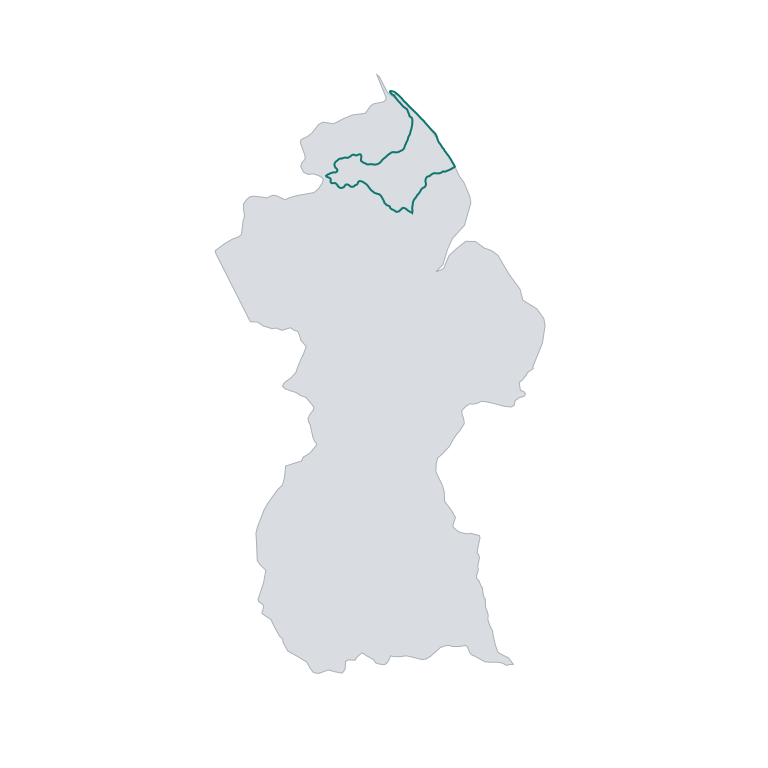 location of I-2 Waini, Barima-Waini, Guyana, rotated 15°
{"feature_id": "73187651B25125705574502", "entity_name": "I-2 Waini", "entity_type": "district", "adm_level": 2, "iso_a3": "GUY", "parent_name": "Guyana", "parent_adm1": "Barima-Waini", "projection": "mercator", "projection_center": [-59.589, 7.691], "detail": "fine", "context": "in_parent", "style": "outline", "palette": "teal", "viewbox_px": 768, "rotation_deg": 15, "n_neighbors": 0, "source": "geoboundaries", "source_scale": "gbopen_adm2", "svg_char_len": 9410}
<svg xmlns="http://www.w3.org/2000/svg" viewBox="0 0 768 768"><g transform="rotate(15 384 384)"><path d="M238.7,358.4L221.7,339.4L204.5,320.2L187.7,301.4L186.5,298.8L193.6,289.9L199.9,283.4L205.1,279.8L207.6,276.6L205.7,262.7L205.8,257.8L203.4,252.3L201.6,246.3L203.7,241.2L206.3,237.7L209.5,236.3L217.4,235.1L223.0,234.6L224.9,232.5L228.2,230.2L232.4,230.1L240.7,231.7L244.4,228.6L251.3,224.5L266.7,217.3L270.1,212.7L272.5,205.4L272.3,202.0L270.7,200.7L266.9,199.6L261.0,199.4L256.3,201.3L251.5,200.2L247.5,195.8L247.3,192.1L249.6,186.9L248.3,183.4L240.6,172.5L240.6,169.4L246.2,164.5L249.4,160.3L253.7,150.3L257.1,146.9L267.8,145.7L270.5,143.6L276.0,138.3L284.1,132.2L295.8,127.4L299.2,118.6L301.3,116.2L310.6,111.5L312.2,109.0L312.0,106.9L297.0,87.1L300.0,88.4L311.6,101.3L318.0,104.1L319.4,104.2L319.4,100.8L325.3,102.3L340.5,111.1L362.8,125.7L394.1,153.2L403.0,163.7L409.0,168.6L418.3,180.6L421.0,186.5L420.7,209.8L412.5,225.6L410.5,237.4L410.0,253.2L405.2,262.3L411.6,257.3L413.6,243.1L419.0,234.5L426.0,225.0L435.4,222.7L445.5,226.7L453.6,227.4L460.8,230.3L476.1,245.4L491.0,257.4L496.4,267.1L512.2,271.9L521.5,279.5L524.5,286.0L526.4,303.2L523.3,329.1L524.2,330.4L519.9,335.5L519.1,338.8L516.4,344.5L514.2,347.6L517.4,354.8L520.9,355.1L522.3,356.0L523.2,357.4L523.0,359.0L521.6,360.3L518.2,362.1L514.9,366.2L515.2,370.7L513.2,373.1L506.7,374.4L493.9,374.4L487.6,374.7L482.6,375.5L479.3,378.4L475.1,380.5L471.9,381.0L469.0,384.4L466.1,389.2L467.0,392.6L470.0,397.0L471.8,401.5L469.5,408.9L466.9,414.6L465.4,418.9L463.4,427.2L458.5,436.4L455.0,441.6L455.0,447.3L456.8,455.3L466.8,467.0L470.1,472.6L472.9,481.6L481.9,488.7L487.6,494.4L487.1,501.9L487.8,504.3L491.4,506.2L495.6,507.6L500.4,507.5L504.6,506.9L505.6,505.8L515.4,505.7L516.5,507.6L517.1,518.4L517.5,522.8L519.8,524.6L521.2,527.3L521.3,529.7L521.7,535.8L523.2,539.0L523.0,545.5L524.0,547.9L526.7,549.5L530.1,554.2L531.4,554.7L532.1,556.4L535.0,563.0L536.5,565.0L537.5,565.3L538.0,567.6L540.1,573.8L541.5,575.3L544.3,579.8L545.4,584.8L549.0,590.4L552.7,594.3L554.4,598.4L559.1,607.4L563.6,613.7L569.9,615.3L575.0,616.2L578.3,618.7L581.5,621.3L578.0,622.5L575.0,624.1L570.7,622.9L564.8,623.5L558.7,625.3L553.0,626.2L542.3,623.4L539.0,623.0L536.8,621.7L532.4,616.2L530.3,615.5L524.6,618.1L517.7,619.9L514.3,619.6L510.3,621.4L506.6,624.0L499.6,634.8L495.9,638.7L492.0,640.4L484.2,640.4L475.8,640.8L469.6,643.4L463.7,644.8L460.8,644.9L459.8,650.9L458.4,653.7L456.6,655.2L452.0,655.7L447.9,655.5L445.5,653.0L440.8,651.8L436.8,650.9L434.1,649.5L432.0,649.8L430.2,652.3L428.8,654.4L427.5,658.3L421.3,659.6L418.7,661.8L420.2,669.1L419.5,672.0L418.2,674.2L410.7,674.7L404.3,674.5L400.6,677.2L396.0,680.3L393.3,680.9L390.0,680.7L385.6,677.1L381.4,672.6L370.8,669.5L360.3,666.9L353.4,659.7L351.8,656.2L348.5,654.7L340.3,646.2L335.8,640.8L330.9,639.3L325.3,637.1L325.5,633.1L325.1,629.3L322.7,627.8L319.3,626.8L318.1,624.6L318.4,619.7L319.1,606.8L318.1,594.6L310.6,590.3L307.3,587.4L301.6,569.2L298.9,561.1L298.8,555.0L300.7,536.8L302.8,529.0L308.7,513.3L312.0,507.9L312.2,504.0L311.9,498.8L310.2,488.7L320.0,482.4L324.3,479.7L325.0,475.4L330.3,470.0L332.6,464.9L334.6,460.8L334.0,458.7L331.7,457.4L329.0,453.6L323.3,442.5L321.2,440.3L319.5,437.2L320.4,432.3L322.6,426.9L322.3,424.7L318.9,421.8L311.9,417.1L306.0,416.7L301.5,415.0L294.8,414.7L289.5,414.2L286.5,412.4L287.1,409.5L288.4,407.2L292.9,401.7L295.9,395.7L296.3,389.9L297.2,382.2L298.5,375.6L299.2,368.0L292.2,363.1L289.9,359.0L287.0,355.4L283.8,355.4L279.0,353.9L271.5,358.6L265.6,357.8L261.5,359.5L252.1,359.2L246.0,356.9L238.7,358.4Z" fill="#d9dde1" stroke="#a8b0b8" stroke-width="1"/><path d="M317.3,102.4L317.8,102.3L318.5,102.5L319.2,102.9L319.8,103.3L320.3,104.0L321.0,104.4L321.7,104.9L322.4,105.4L323.1,106.0L323.8,106.5L324.6,107.0L325.4,107.6L326.1,107.9L326.7,108.2L327.3,108.7L327.9,109.1L328.6,109.6L329.2,110.0L329.9,110.5L330.8,111.0L331.4,111.3L332.1,111.6L332.7,111.8L333.6,112.1L334.5,112.4L335.1,112.7L335.7,113.4L336.2,114.0L336.7,114.8L337.2,115.6L337.7,116.1L338.1,116.6L338.6,117.2L338.8,117.9L339.2,118.5L339.9,119.0L340.6,119.2L341.5,119.5L342.0,119.9L342.5,120.6L342.9,121.2L343.2,121.8L343.3,122.8L343.7,123.8L343.7,124.5L343.9,125.3L344.1,126.0L344.2,127.0L344.3,127.9L344.3,128.7L344.3,129.7L344.4,130.5L344.4,131.6L344.3,132.4L344.3,133.2L344.3,134.2L344.3,134.9L344.4,135.7L344.2,136.6L344.0,137.4L343.8,138.2L343.6,139.2L343.6,140.1L343.7,140.9L343.6,141.8L343.5,142.8L343.4,143.5L343.2,144.4L343.0,145.0L343.0,145.8L342.9,146.8L342.6,147.6L342.5,148.4L342.5,149.2L342.5,149.9L342.5,150.6L342.3,151.3L342.0,152.1L341.4,153.0L340.8,153.7L340.2,154.2L339.4,154.8L338.7,155.5L338.1,156.0L337.3,156.5L336.6,156.8L335.9,157.1L335.2,157.2L334.5,157.4L333.8,157.5L333.1,157.5L332.2,157.9L331.2,158.5L330.8,159.0L330.2,159.8L329.6,160.4L329.0,161.1L328.4,161.9L327.9,162.8L327.5,163.4L326.9,164.2L326.5,165.0L326.1,165.5L325.1,166.7L324.8,167.3L324.4,168.0L324.0,168.8L323.7,169.6L323.4,170.2L323.1,170.8L322.7,171.4L322.2,172.0L321.6,172.6L321.1,173.1L320.5,173.5L319.8,173.8L319.1,174.2L318.5,174.5L317.7,174.6L316.8,174.7L315.9,174.8L315.2,174.9L314.5,175.1L313.8,175.3L312.9,175.6L312.3,175.9L311.5,176.1L310.6,176.2L309.9,176.0L308.9,175.7L308.1,175.7L307.5,175.6L306.7,175.5L306.0,175.2L305.4,174.9L304.7,174.7L304.0,174.3L303.7,173.6L303.6,172.7L303.5,172.1L303.5,171.2L303.3,170.6L303.2,169.8L302.7,169.1L302.2,168.5L301.4,168.3L300.7,168.5L300.1,168.9L299.4,169.5L298.9,169.9L298.3,170.3L297.6,170.5L296.9,170.4L296.1,170.4L295.2,170.3L294.6,170.6L293.9,171.1L293.5,171.6L292.9,172.4L292.3,173.2L291.7,173.8L291.2,174.3L290.6,174.8L289.7,175.2L289.0,175.2L288.0,175.2L287.3,175.6L286.4,176.1L285.8,176.5L285.1,177.2L284.4,177.1L283.7,177.4L283.1,177.8L282.5,178.3L281.9,178.9L281.5,179.5L281.0,180.3L280.5,180.9L280.0,181.6L279.6,182.4L279.3,183.2L279.2,184.1L279.3,184.9L279.6,185.7L280.1,186.4L280.7,187.1L281.3,187.7L282.0,188.0L282.7,188.4L283.2,189.0L283.7,189.6L283.7,190.4L283.4,191.1L283.0,191.7L282.4,192.2L281.6,192.4L280.7,192.5L279.9,193.0L279.2,193.4L278.3,193.9L277.6,194.2L277.3,194.8L276.8,195.3L276.1,195.7L275.5,196.2L275.0,196.8L274.6,197.3L274.2,197.9L274.8,198.6L276.8,198.8L278.1,199.0L278.9,199.4L279.5,199.9L279.8,200.8L279.8,201.6L280.1,202.5L280.5,203.1L281.3,203.5L282.0,203.4L282.8,203.2L283.4,203.0L284.2,202.7L285.0,202.6L285.8,202.8L286.4,203.3L287.4,203.7L288.0,204.4L288.3,205.0L289.1,205.2L289.9,205.6L290.5,205.8L291.4,205.8L292.1,205.7L292.8,205.3L293.5,204.9L294.0,204.4L294.5,203.8L294.6,203.1L294.9,202.4L295.3,201.8L295.7,201.1L296.3,200.9L297.0,200.7L298.0,200.9L298.7,201.0L299.6,201.4L300.4,201.9L301.1,201.9L302.0,201.8L302.9,201.6L303.5,201.1L304.0,200.7L304.3,200.0L304.8,199.3L305.5,199.0L306.0,198.6L306.5,197.8L306.7,197.1L306.7,196.3L306.9,195.4L307.2,194.8L307.8,194.4L308.6,194.2L309.3,194.1L310.0,194.1L310.7,194.1L311.6,194.4L312.4,194.6L313.1,194.9L313.8,195.1L314.8,195.4L315.6,195.8L316.2,196.2L317.0,196.7L317.6,197.2L318.1,197.6L318.7,198.1L319.5,198.7L320.2,199.3L320.8,199.8L321.6,200.2L322.3,200.5L323.1,200.8L323.8,201.1L324.6,201.6L325.4,201.8L326.2,201.9L326.9,201.9L328.3,202.0L329.2,202.0L329.9,202.0L330.7,202.1L331.5,202.6L332.2,202.9L332.8,203.5L333.5,204.1L334.0,204.6L334.7,205.4L335.2,205.9L336.0,206.7L336.6,207.4L337.1,208.2L337.5,208.9L338.2,209.3L338.9,209.6L339.5,210.0L340.1,210.5L341.0,210.6L341.7,210.6L342.4,210.7L343.1,210.8L343.8,211.2L344.2,211.9L344.7,212.5L345.2,212.9L345.9,213.1L346.8,213.3L347.7,213.4L348.4,213.5L349.1,213.7L349.8,214.0L350.5,214.3L351.3,214.5L352.2,214.2L352.8,213.9L353.6,213.5L354.2,212.8L354.5,212.1L354.9,211.5L355.3,211.0L355.8,210.2L356.0,209.5L356.6,209.1L357.3,208.9L358.1,208.8L358.8,208.8L359.5,209.1L360.2,209.3L361.4,209.8L362.1,210.2L362.9,210.5L363.7,210.7L364.6,211.0L365.4,211.1L366.3,211.0L366.9,211.4L366.8,209.9L366.5,208.9L366.3,208.2L365.9,207.4L365.6,206.7L365.5,205.7L365.5,204.9L365.4,204.2L365.2,202.7L365.1,201.9L365.0,201.0L365.0,200.1L365.1,199.4L365.3,198.5L365.4,197.8L365.8,197.1L366.1,196.4L366.5,195.5L366.8,194.6L367.0,193.7L367.3,192.8L367.7,192.1L368.0,191.5L368.4,190.8L368.7,190.0L369.0,188.9L369.2,188.1L369.5,187.2L369.7,186.1L370.2,185.4L370.6,184.8L371.0,184.3L371.9,183.7L372.4,183.1L372.7,182.3L372.8,181.4L373.0,180.6L372.8,180.0L372.5,179.3L372.2,178.6L371.6,177.8L371.4,177.1L371.4,176.4L371.2,175.4L371.4,174.4L371.6,173.7L371.9,172.9L372.4,172.4L373.1,171.9L374.5,171.1L374.9,170.2L375.5,169.4L376.1,168.8L376.9,168.0L377.6,167.5L378.5,167.2L379.3,167.1L380.0,167.0L381.9,166.5L382.6,166.3L383.3,165.9L384.6,165.0L385.3,164.2L385.8,163.6L386.4,163.2L387.2,163.2L387.9,163.2L388.5,162.8L389.0,162.3L390.4,161.3L391.0,160.8L391.8,160.2L392.6,159.5L393.3,158.8L394.2,158.0L394.9,157.3L395.3,156.8L395.9,156.1L396.2,155.7L395.3,154.7L394.4,153.7L392.9,152.4L391.4,150.8L390.9,150.1L390.6,149.9L387.3,146.9L385.8,145.9L383.7,144.1L382.7,143.5L382.6,143.4L380.8,141.5L379.5,140.8L378.2,139.5L376.2,137.7L375.6,137.3L374.8,136.7L373.6,135.5L373.0,134.5L371.6,132.5L371.2,131.7L369.8,130.0L368.8,129.0L367.7,128.2L364.0,126.2L363.3,125.7L360.5,123.8L356.5,121.2L354.8,120.0L354.8,119.9L352.7,118.7L351.9,118.4L346.1,114.7L345.8,114.5L339.1,110.9L337.2,109.8L335.9,109.1L334.0,107.8L331.8,106.5L330.1,105.7L328.5,104.5L327.3,103.6L323.6,101.4L320.2,99.8L319.6,99.6L318.6,99.3L318.0,99.1L314.7,99.2L314.3,99.4L314.1,99.8L314.1,100.2L314.4,100.6L317.3,102.4Z" fill="none" stroke="#0f766e" stroke-width="2"/></g></svg>